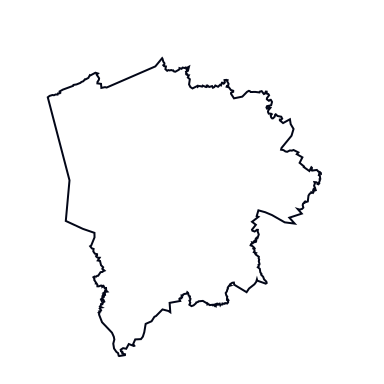 the district of Zululand, KwaZulu-Natal, South Africa, rotated 255°
{"feature_id": "47623444B26591670939926", "entity_name": "Zululand", "entity_type": "district", "adm_level": 2, "iso_a3": "ZAF", "parent_name": "South Africa", "parent_adm1": "KwaZulu-Natal", "projection": "mercator", "projection_center": [31.134, -27.898], "detail": "fine", "context": "isolated", "style": "outline", "palette": "ink", "viewbox_px": 384, "rotation_deg": 255, "n_neighbors": 0, "source": "geoboundaries", "source_scale": "gbopen_adm2", "svg_char_len": 5917}
<svg xmlns="http://www.w3.org/2000/svg" viewBox="0 0 384 384"><g transform="rotate(255 192 192)"><path d="M79.3,198.7L80.4,198.3L81.9,199.0L83.0,198.4L85.7,198.4L86.9,199.9L89.0,201.1L89.3,201.7L90.4,201.8L91.6,203.2L91.7,205.2L92.4,204.3L93.1,205.0L93.9,207.4L93.7,209.0L91.5,208.8L81.1,218.8L84.0,222.1L86.7,228.4L88.6,230.8L90.8,232.1L89.5,232.1L84.4,239.5L84.8,240.6L86.2,240.6L89.0,239.0L91.7,238.8L94.2,237.4L94.9,237.9L96.7,237.2L100.3,237.6L102.3,236.1L103.1,237.3L104.4,237.4L104.5,238.3L105.0,238.6L107.9,238.6L109.3,239.4L110.7,239.2L112.1,239.8L115.1,237.4L116.1,237.1L116.5,238.0L117.9,236.2L118.8,237.2L120.4,237.2L120.9,237.7L121.5,236.7L122.2,237.6L124.2,236.3L125.3,234.8L126.4,235.6L126.7,237.0L127.6,237.0L127.1,237.7L127.6,238.0L127.6,238.9L128.4,239.3L128.3,239.9L127.3,239.9L127.4,241.0L128.8,241.6L129.0,240.6L129.6,241.7L130.2,241.4L131.2,242.6L130.6,243.4L133.7,245.5L136.9,245.2L138.4,245.8L138.7,245.0L137.6,242.3L139.0,240.3L140.1,240.2L143.8,245.2L147.7,242.3L150.8,249.7L151.9,248.2L157.1,251.4L153.5,257.5L149.0,263.3L138.7,273.7L134.9,283.0L142.0,279.4L142.7,292.4L148.2,289.7L147.1,291.5L147.2,294.0L148.1,295.5L150.6,295.5L151.9,296.2L152.6,297.4L152.4,297.8L153.3,298.2L153.6,298.9L152.8,299.7L152.9,301.4L158.4,303.6L160.0,305.4L160.2,306.8L160.9,307.2L159.8,308.6L160.5,309.3L162.4,309.4L162.9,310.2L163.0,310.8L161.6,310.7L161.7,312.0L163.2,311.9L163.8,311.0L164.3,311.9L166.4,311.5L168.4,312.9L169.9,312.8L169.1,314.8L167.4,315.8L167.1,315.5L166.7,316.1L167.5,317.2L168.3,317.1L170.1,318.5L171.4,318.6L171.5,319.3L175.0,319.7L175.4,318.9L177.1,319.8L176.5,320.5L176.8,321.0L176.5,321.3L176.9,321.4L178.4,320.5L178.8,319.5L181.0,318.3L181.6,313.5L182.0,313.2L184.4,314.1L185.0,313.7L181.9,310.8L187.2,306.4L187.7,306.8L192.3,303.5L196.9,307.6L201.4,303.0L202.7,305.0L206.3,300.9L206.1,299.2L206.8,297.3L206.2,294.3L207.0,292.7L208.8,291.2L209.8,289.0L211.4,289.9L220.6,302.7L226.6,306.4L232.0,304.9L236.9,305.4L235.0,297.8L238.4,295.4L239.2,295.6L238.9,297.0L239.5,298.1L241.6,297.7L243.3,294.3L245.4,293.0L245.1,292.3L243.4,291.4L242.2,289.4L242.3,288.5L243.5,287.8L245.4,287.8L246.5,289.2L247.3,288.4L247.8,286.4L249.7,286.1L251.1,286.8L253.0,289.5L253.5,288.7L253.2,286.0L254.4,285.8L255.5,286.7L255.3,290.9L258.3,292.6L260.6,292.0L260.8,291.4L260.2,289.9L262.2,288.3L263.3,288.7L265.5,291.5L266.8,291.1L267.7,289.7L269.6,290.1L269.9,289.3L268.1,287.7L268.0,286.8L271.4,285.4L271.4,283.4L270.7,282.9L272.3,279.0L273.4,274.5L274.5,273.9L275.0,273.1L274.5,271.1L271.1,265.3L271.6,256.8L276.8,255.1L277.8,255.5L278.1,257.7L279.1,258.0L280.5,255.9L283.5,254.8L284.7,252.7L285.5,253.3L285.5,254.5L287.0,255.3L290.0,254.6L290.8,255.3L291.4,254.3L291.7,252.4L289.4,252.1L288.6,251.2L288.5,250.5L289.5,250.0L289.8,249.2L287.5,247.6L288.3,246.9L286.9,244.4L288.8,242.1L287.6,240.7L287.3,239.2L289.1,238.8L289.0,235.8L290.9,234.5L291.0,233.8L289.7,233.4L289.7,232.8L292.0,229.8L291.2,229.0L292.3,227.0L292.6,225.7L292.2,224.8L293.1,224.8L291.9,219.3L293.8,217.6L296.7,217.0L301.5,219.1L303.7,217.6L305.4,219.0L305.5,218.3L306.8,218.0L306.8,217.1L307.6,216.8L308.1,217.3L309.7,217.3L310.0,218.8L311.2,218.6L310.6,219.7L313.8,221.5L313.3,219.4L312.8,219.5L313.0,218.7L313.9,218.2L313.7,216.9L314.6,215.1L313.7,213.8L314.9,212.0L314.0,211.7L313.5,211.0L312.5,207.1L313.0,205.9L314.4,205.2L314.3,204.7L315.2,203.5L315.2,202.0L315.9,200.6L315.5,199.4L317.5,198.1L320.0,199.3L320.8,197.6L321.9,197.1L322.3,198.2L323.5,198.7L325.4,198.0L327.5,198.0L328.0,198.5L327.8,198.2L329.0,197.8L322.8,189.1L315.0,136.6L315.8,135.1L316.0,131.4L320.0,132.1L321.4,128.7L322.8,129.2L324.5,131.1L325.9,131.7L330.0,130.3L330.8,131.8L332.2,129.6L330.9,124.0L331.3,123.6L329.0,121.4L328.3,118.2L328.6,117.9L327.1,115.6L326.9,113.6L326.3,112.5L325.8,108.3L326.1,105.2L325.3,104.6L324.3,93.7L323.4,90.2L321.9,90.5L321.6,89.9L321.9,88.1L320.9,87.4L321.5,85.6L321.2,83.7L321.8,82.3L321.7,79.4L320.8,77.2L235.0,76.7L196.7,62.6L184.6,77.1L177.8,87.2L173.4,86.1L166.4,80.8L166.0,79.6L163.4,80.7L162.5,82.2L160.2,81.3L157.6,82.2L156.5,84.2L155.4,83.9L154.9,82.7L154.2,82.9L153.0,83.9L152.4,85.7L150.2,83.3L149.2,85.3L144.8,85.2L142.3,86.7L141.0,85.5L138.7,87.1L138.5,85.5L138.0,84.9L138.2,82.9L135.4,79.7L135.6,78.8L135.0,77.3L135.6,76.0L135.2,74.7L133.3,75.3L132.4,74.8L129.0,75.9L128.5,75.5L128.2,76.2L127.0,76.6L125.4,76.2L125.0,77.6L125.2,80.0L124.6,80.4L124.5,81.4L123.6,81.0L123.9,82.3L121.7,82.8L121.5,84.1L119.1,83.6L117.7,84.4L117.9,82.8L118.8,82.3L117.6,81.5L117.4,80.8L116.6,81.6L115.3,81.4L115.8,80.1L114.7,80.5L114.2,80.1L115.4,79.3L114.6,78.5L113.3,79.0L113.3,78.1L112.3,77.4L111.9,76.3L110.1,76.6L111.3,77.5L111.1,78.5L108.8,78.9L108.4,77.5L106.8,76.4L107.3,75.2L106.1,74.6L105.2,73.5L103.9,74.9L104.0,73.9L103.4,72.7L101.3,73.6L100.7,72.9L100.7,71.7L100.0,72.0L99.5,70.6L98.7,71.0L97.6,70.5L89.5,71.4L76.8,78.3L72.4,79.0L69.6,78.8L65.9,76.7L61.0,76.2L57.1,77.6L55.5,78.9L52.8,78.8L52.4,79.2L51.8,85.0L52.6,85.3L53.5,83.6L55.3,83.4L55.0,82.9L55.8,82.9L56.5,82.2L58.1,82.3L59.0,85.0L57.6,87.9L61.5,91.6L58.3,96.0L58.4,96.5L60.3,95.8L64.3,99.0L63.1,104.6L65.0,107.1L68.9,109.6L76.6,113.1L77.6,119.5L81.2,123.4L81.5,125.1L86.2,133.1L83.2,138.4L81.5,139.9L90.7,141.7L89.8,152.4L92.0,152.1L92.4,152.6L92.1,154.1L93.0,154.4L92.9,155.1L94.8,155.2L94.5,156.4L95.2,156.9L95.5,158.2L95.2,160.7L96.4,161.5L95.5,162.1L92.7,162.0L91.7,163.0L90.5,162.4L89.3,162.9L88.1,162.3L87.8,161.4L85.5,161.7L83.8,160.3L81.9,162.0L82.1,164.2L83.5,167.0L84.2,167.5L84.2,169.2L84.7,170.0L84.0,174.3L81.0,177.2L81.0,177.7L80.3,178.2L79.4,177.8L79.2,179.1L78.2,179.8L77.7,182.9L77.2,182.9L77.2,183.7L76.5,184.2L77.4,184.5L77.5,185.5L76.7,184.8L75.7,185.5L76.4,185.8L76.6,187.2L77.2,187.1L77.4,188.0L76.4,188.6L76.9,189.8L75.4,190.0L75.8,190.4L75.5,192.2L76.4,192.6L75.6,194.3L75.7,195.1L76.1,195.3L75.8,196.3L75.2,197.0L76.0,198.3L77.2,198.6L78.7,197.8L79.6,198.2L79.3,198.7Z" fill="none" stroke="#020617" stroke-width="2"/></g></svg>